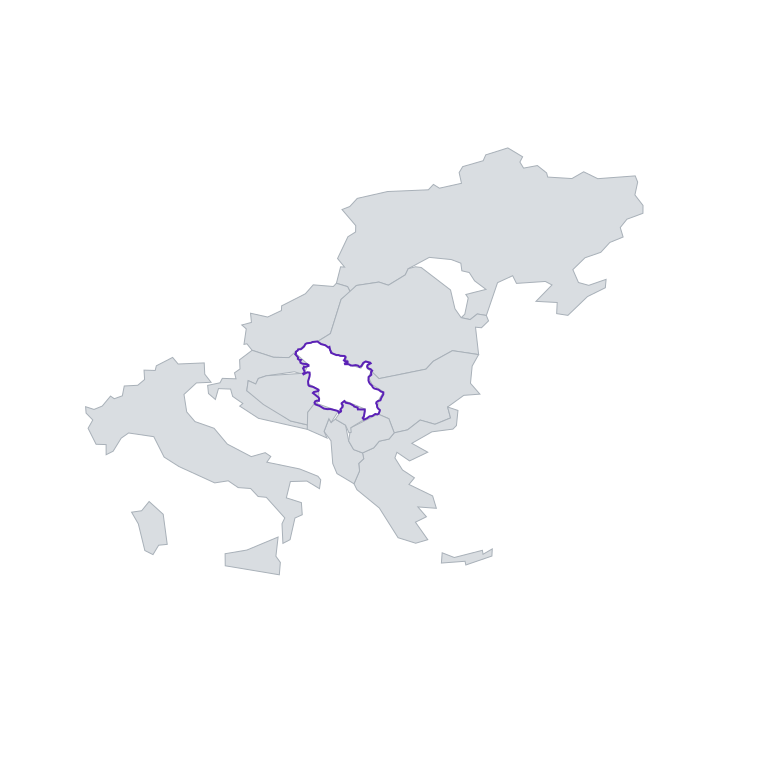 Republic of Serbia highlighted among its neighbors, rotated 345°
{"feature_id": "SRB", "entity_name": "Republic of Serbia", "entity_type": "country or territory", "adm_level": 0, "iso_a3": "SRB", "parent_name": "Europe", "parent_adm1": "", "projection": "robinson", "projection_center": [20.755, 44.206], "detail": "medium", "context": "with_neighbors", "style": "outline", "palette": "violet", "viewbox_px": 768, "rotation_deg": 345, "n_neighbors": 12, "source": "natural_earth", "source_scale": "50m", "svg_char_len": 7205}
<svg xmlns="http://www.w3.org/2000/svg" viewBox="0 0 768 768"><g transform="rotate(345 384 384)"><path d="M598.1,336.3L607.3,341.7L625.6,340.4L622.7,348.3L603.2,352.2L579.4,365.3L569.0,360.7L572.4,350.1L552.2,343.5L571.9,331.8L566.4,326.7L538.0,321.1L536.3,312.7L519.9,315.5L500.6,344.3L492.2,340.5L483.9,344.1L475.7,339.9L480.1,337.5L487.6,322.7L486.2,318.7L507.0,319.0L498.2,307.8L495.2,298.4L488.5,294.8L489.5,287.2L481.2,281.2L460.5,273.4L437.2,278.9L432.8,284.1L413.8,289.7L405.4,284.2L382.9,281.7L375.3,286.5L374.0,280.5L364.1,274.4L372.4,259.6L376.2,260.9L371.6,250.8L387.3,232.4L395.9,229.8L397.7,223.7L388.6,204.6L396.9,203.7L406.2,197.8L437.2,199.0L477.1,207.9L483.4,204.0L488.2,209.2L510.8,210.2L511.3,199.2L516.3,194.4L537.6,194.0L541.6,189.0L564.7,188.0L576.7,200.4L572.7,204.8L574.7,211.6L588.7,212.7L595.7,222.2L595.7,226.5L618.7,234.2L631.8,230.7L643.6,241.0L680.5,248.0L681.3,254.6L675.3,266.3L680.4,278.6L678.3,286.1L661.3,287.7L652.7,294.0L653.0,303.9L638.8,305.7L627.5,312.9L610.8,314.1L596.0,322.4L598.1,336.3Z" fill="#d9dde1" stroke="#a8b0b8" stroke-width="1"/><path d="M364.1,274.4L374.0,280.5L375.3,286.5L364.5,291.1L345.3,321.4L330.9,325.7L319.7,324.7L299.0,333.9L284.2,329.6L265.3,317.3L262.0,309.7L259.0,309.5L265.2,295.1L261.9,290.2L271.9,290.2L273.4,281.1L288.9,289.2L303.9,286.5L305.4,282.0L331.4,276.5L341.3,269.9L360.3,276.7L364.1,274.4Z" fill="#d9dde1" stroke="#a8b0b8" stroke-width="1"/><path d="M475.7,339.9L483.9,344.1L492.2,340.5L500.6,344.3L501.3,350.1L492.7,354.9L487.1,352.8L483.0,380.1L458.7,369.5L437.4,374.8L428.4,380.5L380.5,377.5L371.8,364.2L376.0,360.4L371.5,357.6L365.8,362.7L355.2,356.1L353.7,346.8L342.7,341.6L340.6,334.4L330.9,325.7L345.3,321.4L364.5,291.1L382.9,281.7L405.4,284.2L413.8,289.7L432.8,284.1L437.2,278.9L444.7,278.9L450.1,281.1L472.6,310.4L472.0,329.7L475.7,339.9Z" fill="#d9dde1" stroke="#a8b0b8" stroke-width="1"/><path d="M375.1,368.2L380.5,377.5L428.4,380.5L437.4,374.8L458.7,369.5L483.0,380.1L473.8,389.5L467.7,405.7L474.0,418.6L458.1,415.6L439.5,422.7L439.5,434.0L422.8,436.1L409.6,428.2L394.9,434.4L381.2,433.8L379.7,418.8L370.4,411.5L373.4,408.3L371.4,405.6L374.4,398.4L381.4,391.4L372.4,381.6L370.7,373.3L375.1,368.2Z" fill="#d9dde1" stroke="#a8b0b8" stroke-width="1"/><path d="M445.9,571.3L443.7,578.1L416.2,580.0L416.4,576.2L393.1,571.8L396.5,562.1L407.0,569.8L436.0,570.1L435.6,574.1L445.9,571.3ZM381.2,433.8L394.9,434.4L409.6,428.2L422.8,436.1L439.5,434.0L439.5,422.7L448.6,428.7L443.2,442.9L438.9,445.4L417.9,442.6L395.5,448.5L408.6,461.2L388.8,464.9L378.8,453.3L375.4,458.2L379.6,471.8L389.1,482.5L382.1,487.5L402.0,504.7L402.4,517.6L384.9,511.5L390.6,523.2L378.6,525.6L386.0,545.7L373.4,546.0L357.8,536.1L347.4,502.6L330.5,479.1L329.2,472.6L337.9,461.6L339.0,454.2L345.1,450.9L345.4,445.0L357.6,443.0L364.6,438.0L374.6,438.5L381.2,433.8Z" fill="#d9dde1" stroke="#a8b0b8" stroke-width="1"/><path d="M345.4,445.0L345.1,450.9L339.0,454.2L337.9,461.6L329.2,472.6L315.4,458.4L313.9,447.6L318.1,425.1L313.8,414.3L321.8,403.2L323.0,407.5L327.9,405.4L336.2,413.8L335.1,429.8L337.7,439.5L345.4,445.0Z" fill="#d9dde1" stroke="#a8b0b8" stroke-width="1"/><path d="M265.3,317.3L284.2,329.6L299.0,333.9L305.8,330.5L315.8,345.6L308.8,354.0L300.6,349.0L272.6,345.6L264.1,346.1L260.1,350.8L253.7,345.6L249.7,355.0L284.1,395.5L300.2,404.1L298.1,407.9L253.9,384.7L238.9,368.0L242.6,366.3L234.6,356.8L234.5,349.2L222.9,345.6L217.1,355.3L212.0,347.8L213.3,339.7L225.9,340.4L229.3,336.7L242.4,340.7L242.5,334.5L248.8,332.2L250.8,323.2L265.3,317.3Z" fill="#d9dde1" stroke="#a8b0b8" stroke-width="1"/><path d="M155.8,308.5L166.5,311.7L168.8,307.5L186.7,303.6L190.3,311.4L215.8,317.1L213.4,328.1L217.4,337.6L203.1,334.4L188.1,342.3L186.2,359.9L191.7,371.4L208.4,382.8L217.1,401.5L237.0,419.8L251.5,419.6L255.9,424.7L250.6,429.2L280.5,444.2L296.3,456.0L298.1,460.2L294.6,468.4L284.4,457.8L268.3,454.0L260.2,468.7L273.5,477.2L271.2,489.1L263.3,490.4L253.0,510.0L245.1,511.8L249.3,492.6L253.5,487.7L241.0,463.0L233.3,460.1L228.1,450.4L216.3,446.3L208.5,437.2L194.9,435.7L164.6,410.7L152.7,397.7L148.0,375.3L124.6,365.2L116.1,368.3L105.0,378.8L97.3,380.4L99.9,370.6L90.3,367.7L86.7,350.2L93.4,343.4L88.7,335.0L89.9,328.7L97.3,333.5L106.1,332.4L116.7,324.9L119.6,328.4L128.2,327.7L132.6,318.7L145.8,321.5L153.9,317.7L155.8,308.5ZM208.6,508.9L242.1,504.4L235.0,522.4L237.7,529.5L233.5,541.2L183.6,518.5L186.6,506.8L208.6,508.9ZM117.1,443.7L126.7,436.7L137.0,452.7L133.1,482.8L124.6,481.4L116.7,489.0L109.9,483.0L110.5,455.5L107.0,442.5L117.1,443.7Z" fill="#d9dde1" stroke="#a8b0b8" stroke-width="1"/><path d="M300.2,404.1L284.1,395.5L262.2,372.6L249.7,355.0L253.7,345.6L260.1,350.8L264.1,346.1L272.6,345.6L315.4,354.0L310.7,363.9L319.5,372.6L316.7,383.3L303.0,391.6L300.2,404.1Z" fill="#d9dde1" stroke="#a8b0b8" stroke-width="1"/><path d="M370.4,411.5L379.7,418.8L381.2,433.8L374.6,438.5L364.6,438.0L357.6,443.0L345.4,445.0L337.7,439.5L335.1,429.8L340.6,417.6L370.4,411.5Z" fill="#d9dde1" stroke="#a8b0b8" stroke-width="1"/><path d="M332.9,398.4L323.0,407.5L321.8,403.2L313.8,414.3L315.0,421.5L298.1,407.9L303.0,391.6L312.4,384.3L332.9,398.4Z" fill="#d9dde1" stroke="#a8b0b8" stroke-width="1"/><path d="M337.5,422.0L336.2,413.8L327.9,405.4L335.8,398.7L338.3,391.2L341.6,390.0L359.2,403.3L355.6,413.2L340.6,417.6L339.8,422.2L337.5,422.0Z" fill="#d9dde1" stroke="#a8b0b8" stroke-width="1"/><path d="M351.5,354.8L354.5,355.6L355.8,356.4L356.5,357.4L358.4,358.1L361.5,358.4L363.6,359.5L364.8,361.2L366.8,360.8L369.5,358.2L372.2,357.5L376.2,359.8L376.5,360.6L373.2,361.3L372.3,362.4L372.2,363.6L372.8,364.9L375.0,366.3L376.0,368.1L374.6,369.1L374.1,371.8L370.9,373.3L369.9,376.6L370.0,378.4L370.5,380.1L371.9,382.5L372.4,384.4L373.4,385.8L377.3,388.1L379.0,390.4L381.2,391.9L380.6,393.9L378.0,396.5L376.3,398.8L373.6,398.9L371.9,399.7L371.4,400.9L371.9,401.8L371.4,404.5L372.1,406.5L373.2,407.9L373.0,408.8L371.2,411.3L369.8,411.7L367.8,410.7L364.4,411.9L361.7,411.5L358.6,412.7L355.4,413.2L354.6,411.3L356.2,410.0L358.4,405.3L358.8,403.6L352.2,401.8L352.4,399.9L349.4,398.1L349.1,397.1L346.0,394.1L342.2,392.2L341.3,390.2L338.1,391.6L337.9,392.1L338.7,393.9L338.1,395.4L335.4,397.2L335.1,397.8L335.6,398.9L335.3,399.4L333.0,400.0L332.9,398.6L331.6,397.6L325.7,394.3L322.7,393.6L319.6,392.2L316.0,388.4L312.4,385.9L312.0,384.1L313.1,382.9L315.0,382.7L316.7,383.4L317.5,381.6L317.4,380.2L313.0,374.3L314.1,373.6L318.5,373.8L319.2,373.2L319.2,372.5L314.7,368.4L311.3,366.6L310.7,365.3L311.4,361.6L313.9,357.7L314.7,355.8L315.0,353.6L313.0,352.8L308.8,353.8L308.6,353.0L310.2,352.5L310.5,351.4L309.9,347.8L311.1,347.5L311.2,346.5L312.5,347.1L314.2,347.1L315.8,347.0L316.0,346.1L314.7,344.9L310.5,343.3L308.9,341.9L308.9,340.4L310.0,339.3L308.0,338.4L307.3,337.4L307.9,336.2L306.0,332.2L307.0,331.5L307.2,330.0L309.2,329.4L310.1,328.3L312.7,328.9L313.9,328.4L316.5,327.1L318.5,325.0L320.0,324.7L324.1,325.3L325.7,324.9L330.7,325.7L333.4,329.1L337.4,331.4L339.7,334.4L340.9,334.1L340.7,337.5L341.1,338.9L340.9,340.0L341.2,340.4L345.4,343.7L347.6,344.3L349.0,345.5L352.8,346.6L353.8,347.5L353.9,348.1L352.8,349.2L352.6,350.1L351.4,350.7L351.8,351.5L354.6,352.7L354.6,353.1L354.4,353.6L351.5,354.0L351.5,354.8Z" fill="none" stroke="#5b21b6" stroke-width="2"/></g></svg>